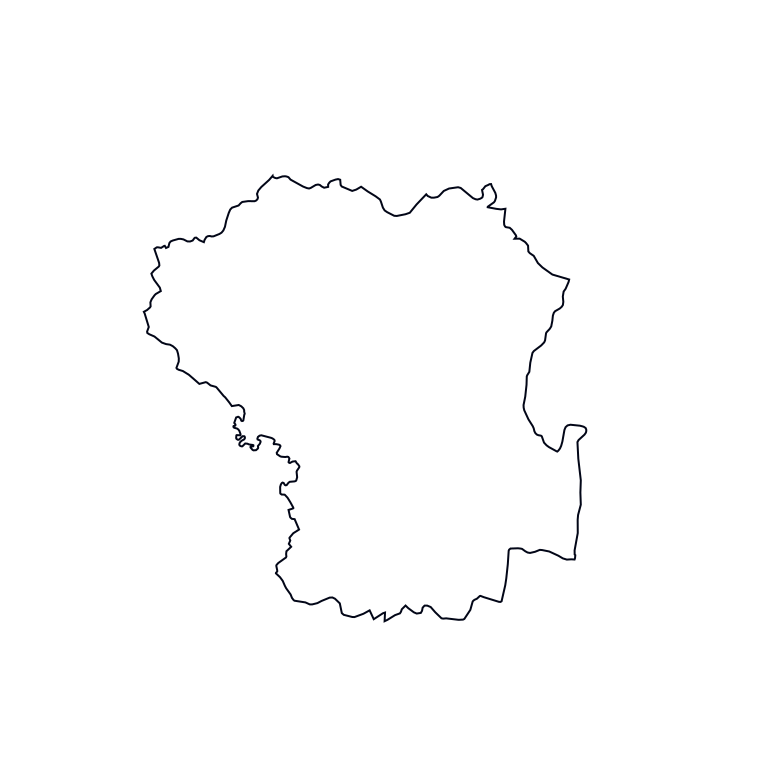 Yen Thanh, Nghệ An, Vietnam, rotated 134°
{"feature_id": "81297802B75629290490646", "entity_name": "Yen Thanh", "entity_type": "district", "adm_level": 2, "iso_a3": "VNM", "parent_name": "Vietnam", "parent_adm1": "Nghệ An", "projection": "robinson", "projection_center": [105.458, 19.022], "detail": "fine", "context": "isolated", "style": "outline", "palette": "ink", "viewbox_px": 768, "rotation_deg": 134, "n_neighbors": 0, "source": "geoboundaries", "source_scale": "gbopen_adm2", "svg_char_len": 6166}
<svg xmlns="http://www.w3.org/2000/svg" viewBox="0 0 768 768"><g transform="rotate(134 384 384)"><path d="M458.6,148.5L444.5,157.0L438.9,161.0L427.7,169.7L417.3,178.5L416.2,178.9L414.5,178.7L409.1,173.5L407.4,171.3L406.7,170.1L406.2,166.3L405.5,163.7L404.1,161.6L399.8,158.8L395.1,156.7L393.6,154.9L389.7,148.8L386.4,139.3L385.2,134.2L383.3,130.5L379.9,127.4L377.9,125.0L376.6,125.6L374.2,127.5L374.2,128.4L371.3,131.3L356.6,141.1L347.1,150.4L343.4,153.4L334.1,158.6L325.7,167.3L316.6,175.5L302.8,192.3L291.4,204.5L289.1,205.1L281.1,204.6L278.7,205.0L277.2,205.9L276.2,207.0L275.6,208.4L276.0,210.6L276.6,211.8L277.9,214.1L283.8,221.6L286.3,223.2L288.9,223.4L291.7,222.3L301.5,215.7L305.4,213.6L308.2,212.6L310.9,212.3L312.2,212.4L312.5,213.0L314.8,221.5L315.2,224.5L315.0,228.2L312.1,234.0L312.0,234.6L312.2,235.3L313.6,237.4L314.2,238.9L314.2,241.0L313.5,243.0L311.9,245.5L311.0,247.7L309.1,255.5L305.5,264.8L304.0,267.1L302.2,269.0L295.0,273.6L285.6,280.9L279.3,286.6L278.1,287.1L274.3,287.9L267.0,293.6L258.5,298.8L256.2,299.1L247.1,297.7L242.8,297.7L240.8,298.4L234.9,302.7L233.9,303.0L229.1,303.1L226.4,303.7L221.6,306.8L217.5,310.0L214.8,311.3L212.8,311.5L207.6,310.0L205.0,309.8L202.9,310.2L200.3,312.1L196.9,316.1L192.7,319.0L189.3,319.5L182.4,322.1L180.2,323.4L188.3,338.9L190.1,351.0L190.1,357.3L187.8,365.3L188.6,369.9L188.4,372.2L184.4,376.5L183.9,380.0L183.9,381.6L185.2,387.4L188.8,391.0L186.0,391.3L185.4,392.4L184.2,399.1L184.3,402.1L186.5,405.3L186.6,406.4L186.0,408.1L183.8,410.5L173.6,418.4L177.1,421.1L180.0,424.9L184.8,432.2L184.4,432.5L176.9,431.1L175.2,431.4L171.9,433.0L170.6,434.3L169.2,436.7L166.9,443.8L165.8,445.9L167.1,447.0L167.9,447.1L171.3,448.5L175.0,448.1L176.3,448.3L179.1,444.2L181.1,443.0L182.3,443.0L184.1,443.6L186.4,444.9L187.5,446.5L188.5,449.2L189.7,465.0L191.0,467.4L198.2,473.0L203.6,475.1L210.2,475.0L212.3,475.4L215.4,477.6L217.1,479.4L218.4,483.2L218.2,485.4L232.3,485.3L242.9,484.4L247.0,486.5L254.2,491.5L255.9,493.5L258.2,501.1L258.7,504.1L257.9,507.3L254.9,513.0L254.1,515.1L254.8,520.4L256.8,529.5L258.0,537.5L263.4,539.0L267.2,541.0L271.3,551.6L270.9,553.5L267.5,557.4L268.5,559.4L270.7,560.9L275.4,563.2L277.3,563.2L279.3,562.8L281.0,561.1L284.4,563.4L285.2,566.0L285.4,568.4L286.3,570.0L288.3,571.4L293.8,572.9L295.4,573.7L296.6,575.5L298.2,579.4L301.9,593.2L301.6,596.4L302.4,598.2L303.3,599.5L305.3,601.3L310.4,603.9L311.4,605.4L312.2,607.9L311.6,608.7L317.1,608.4L327.5,609.1L332.1,608.8L335.5,607.4L337.5,604.1L339.0,603.4L340.8,603.4L342.3,604.0L347.0,608.9L351.5,612.4L353.6,612.7L356.6,612.6L362.7,615.8L365.3,615.8L368.8,614.5L376.0,611.0L381.4,607.6L385.2,606.2L388.0,606.0L390.4,606.6L396.2,609.2L397.7,610.6L398.5,612.1L399.9,613.3L401.6,613.9L404.9,613.2L407.1,612.1L408.8,616.6L409.1,620.7L410.1,621.6L410.8,621.7L413.7,621.3L416.2,622.5L418.0,624.5L419.3,628.7L420.7,630.9L422.2,632.5L427.5,635.6L429.7,636.5L431.7,636.3L435.1,634.3L437.6,635.3L436.9,637.7L437.5,638.1L440.9,638.9L442.8,641.7L443.6,642.4L446.4,643.0L453.1,629.9L454.8,627.9L456.0,627.6L462.2,628.3L466.2,628.0L467.5,625.4L468.8,621.6L470.4,612.2L472.2,609.1L477.9,610.7L479.6,610.7L484.4,610.0L486.5,609.2L487.6,608.7L490.3,605.8L491.4,605.5L495.3,605.8L498.9,606.9L499.5,605.2L506.4,592.8L510.9,590.8L511.7,589.7L511.3,587.5L509.3,582.1L508.5,572.5L506.7,568.5L504.4,565.3L503.5,562.2L503.3,559.0L503.5,556.4L505.3,553.2L508.1,549.4L510.5,547.2L516.6,544.5L516.9,543.5L516.4,541.6L514.4,537.7L512.9,530.7L512.2,516.9L506.5,513.5L505.9,512.2L505.5,507.8L502.9,503.0L502.8,502.0L504.0,491.1L503.9,489.0L504.8,482.3L505.6,478.1L500.0,473.9L499.2,471.2L499.2,468.3L499.9,466.5L501.0,465.4L502.2,463.5L503.1,463.2L507.9,459.9L508.6,459.9L509.3,460.4L509.5,461.2L508.6,463.1L508.6,465.4L508.9,466.2L510.8,467.1L516.0,464.7L516.3,462.8L516.7,462.3L517.3,462.1L518.7,463.0L519.3,462.7L519.6,462.1L519.5,461.3L518.1,458.7L517.9,457.2L518.2,455.5L519.6,452.6L520.2,451.9L520.7,451.7L523.0,454.4L523.5,454.5L525.5,452.9L525.9,452.2L525.9,451.5L525.6,450.3L524.9,449.7L519.7,449.4L518.6,448.1L518.9,447.1L519.7,446.4L520.9,446.1L523.7,447.0L525.7,447.1L526.9,446.8L528.0,446.1L528.4,445.4L528.4,444.4L527.9,443.3L527.2,442.6L523.2,442.5L521.9,440.9L521.1,438.9L518.9,435.9L518.8,435.4L519.3,434.9L519.9,434.9L521.4,436.3L521.9,436.4L522.4,435.9L522.7,432.9L522.4,431.8L520.5,430.1L518.0,429.9L517.3,430.2L516.2,431.6L513.2,431.8L511.3,432.6L510.9,433.2L510.8,434.2L511.7,436.4L511.3,437.1L509.6,437.9L507.6,437.6L506.1,436.6L501.2,427.9L500.6,426.4L500.3,424.2L500.9,423.1L503.5,422.0L503.8,421.5L502.1,419.7L500.6,417.4L500.3,416.1L500.6,415.3L503.0,414.4L508.0,413.4L508.8,412.2L508.1,408.3L507.5,407.2L505.1,404.3L503.5,403.1L502.9,402.1L503.3,400.3L506.5,398.4L506.6,397.7L506.2,396.8L503.3,395.9L501.0,394.0L501.6,391.6L501.5,390.1L502.0,387.7L502.8,387.1L506.8,386.4L507.9,385.9L511.4,381.7L514.2,380.2L515.1,380.1L516.2,380.7L519.9,383.9L521.5,384.1L524.4,383.8L525.3,384.5L525.5,385.3L524.9,387.5L525.4,388.5L526.2,388.7L527.9,388.4L530.2,387.2L534.6,382.8L534.8,382.2L534.6,380.8L532.9,379.0L532.6,378.4L532.8,374.4L534.1,369.3L535.9,363.5L536.2,363.0L536.7,363.0L540.9,365.2L544.9,359.2L545.1,358.2L545.0,356.6L543.3,354.4L547.7,344.0L554.4,345.6L560.2,345.2L560.7,344.8L561.7,342.7L565.1,341.4L565.6,337.7L572.1,338.0L574.3,336.3L575.9,334.4L576.9,334.0L586.2,335.7L588.8,335.6L589.6,335.2L592.2,331.4L593.0,330.6L594.9,330.5L595.3,330.2L595.2,324.6L596.0,320.0L598.0,315.2L598.9,312.5L600.3,304.9L601.8,301.6L602.2,299.1L602.1,297.9L595.7,288.8L594.1,284.3L592.5,282.6L587.9,279.7L583.4,278.2L575.4,274.7L573.4,272.8L572.5,270.1L572.5,263.4L578.1,255.2L578.0,252.6L573.6,244.9L572.1,243.3L563.6,239.2L556.8,237.1L560.3,228.0L549.6,225.5L547.7,224.5L554.2,218.8L551.3,217.7L542.6,215.5L537.9,213.2L536.0,213.6L533.7,214.7L528.4,214.6L528.4,210.8L527.5,203.9L526.4,201.0L523.1,198.5L520.7,199.1L518.1,200.8L515.9,200.9L515.1,200.8L513.4,199.0L512.0,195.5L512.6,188.6L512.6,179.9L511.7,178.5L509.4,176.5L501.8,166.5L498.6,163.5L497.2,163.0L486.5,165.0L478.9,169.1L477.9,169.2L476.4,169.0L473.9,168.0L470.0,167.8L469.4,167.4L468.0,164.1L460.8,149.9L459.8,148.8L458.6,148.5Z" fill="none" stroke="#020617" stroke-width="2"/></g></svg>